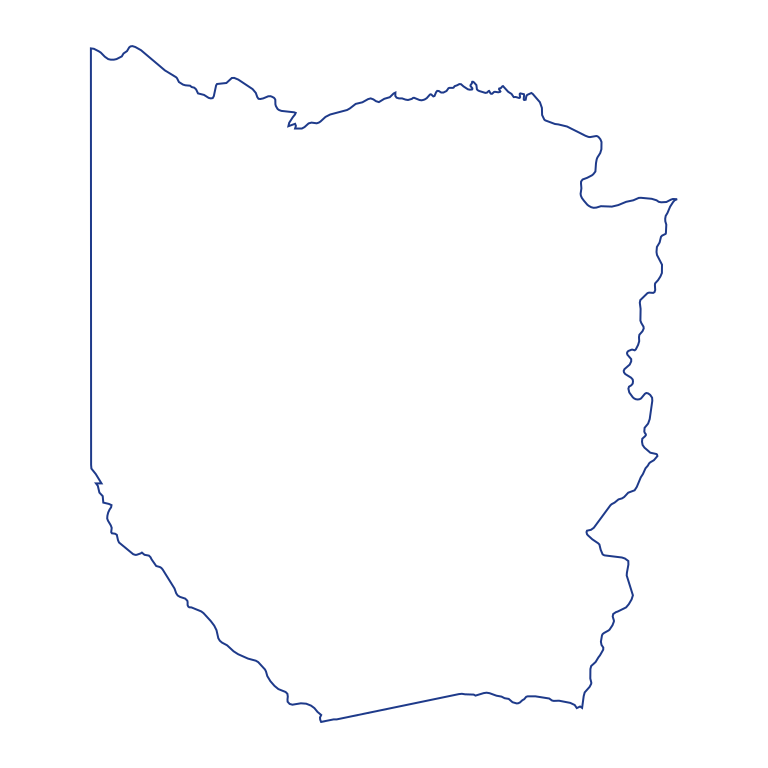 outline of Western
{"feature_id": "ZMB-523", "entity_name": "Western", "entity_type": "Province", "adm_level": 1, "iso_a3": "ZMB", "parent_name": "Zambia", "parent_adm1": "", "projection": "mercator", "projection_center": [24.246, -15.661], "detail": "fine", "context": "isolated", "style": "outline", "palette": "blue", "viewbox_px": 768, "rotation_deg": 0, "n_neighbors": 0, "source": "natural_earth", "source_scale": "10m", "svg_char_len": 5978}
<svg xmlns="http://www.w3.org/2000/svg" viewBox="0 0 768 768"><path d="M96.0,483.4L101.5,483.4L95.8,474.1L91.4,468.6L91.1,464.9L90.9,48.4L93.9,48.8L98.8,51.3L100.8,52.6L104.8,56.7L108.2,59.1L110.9,59.7L113.7,59.7L116.5,59.1L121.8,56.4L123.5,53.5L127.0,51.1L129.2,47.4L130.5,46.4L132.4,46.1L135.3,47.0L141.0,50.2L164.9,70.4L176.2,77.3L177.0,78.2L178.9,82.0L183.0,84.6L185.4,85.3L190.1,85.7L191.6,87.0L194.3,87.7L196.1,89.4L198.0,93.4L204.0,94.9L208.7,97.9L210.8,98.4L212.7,98.1L213.8,96.2L216.1,85.4L217.0,84.0L226.4,83.0L231.8,78.0L234.2,77.9L238.3,79.6L252.6,89.1L255.8,92.9L257.3,97.1L258.5,98.8L260.3,99.0L263.2,98.4L268.2,96.3L270.5,96.2L271.9,96.7L274.0,97.8L274.8,98.8L275.3,99.7L275.4,104.3L275.9,106.1L277.6,109.0L279.0,110.0L281.4,110.9L294.1,112.3L295.7,112.9L295.0,114.5L292.8,117.2L289.2,122.8L288.4,126.2L295.1,123.8L295.9,125.9L295.1,128.5L301.9,128.5L304.5,127.1L308.6,123.4L311.5,122.6L316.7,123.3L318.8,122.6L320.5,121.5L325.5,116.9L330.2,114.5L347.1,110.0L349.9,108.4L355.7,103.9L362.4,102.3L368.1,99.1L370.7,98.4L373.4,99.4L376.0,101.2L378.9,102.1L384.3,98.8L389.8,97.2L393.6,93.5L395.4,92.6L395.3,95.9L396.6,97.7L399.0,98.4L402.1,98.4L405.5,99.6L408.0,100.0L411.8,98.9L413.1,97.9L414.1,97.8L419.5,100.0L421.5,100.3L423.0,100.0L424.6,99.5L426.7,98.2L429.9,94.6L430.6,94.3L431.3,94.5L433.3,96.4L434.5,96.0L436.1,92.2L437.2,90.9L438.8,91.0L441.1,92.5L443.5,92.5L446.5,91.0L448.5,88.2L449.3,87.9L452.8,87.9L453.6,87.6L454.6,86.2L457.1,85.3L459.3,84.1L461.0,84.2L463.5,86.4L467.9,89.3L469.8,89.7L472.0,89.5L472.4,88.9L472.3,88.2L470.5,86.0L470.5,85.2L471.9,83.3L472.2,81.8L472.9,81.7L473.9,82.3L476.4,85.1L476.9,89.3L477.7,90.2L479.2,91.0L485.4,92.9L487.0,92.6L488.7,91.0L489.1,90.9L490.5,93.3L491.1,93.8L492.2,93.7L494.0,92.0L494.9,91.8L498.3,92.3L500.0,91.9L500.4,91.5L499.0,89.1L499.2,88.5L500.8,88.1L502.4,86.3L503.0,86.1L508.2,91.8L511.5,93.9L513.7,97.1L515.7,97.0L519.2,98.0L519.8,97.7L520.1,97.0L519.7,94.6L519.8,93.8L520.3,93.4L523.9,94.2L524.1,95.2L523.7,99.2L523.9,99.8L524.5,100.0L525.7,99.7L526.3,96.3L527.2,94.9L531.4,93.0L532.8,94.0L539.9,102.2L541.9,107.9L542.1,115.0L544.3,119.6L545.3,120.4L555.0,124.0L558.3,124.4L567.0,126.5L585.5,135.8L588.4,136.9L590.0,137.1L596.3,136.0L597.5,136.3L598.7,137.2L600.4,139.3L601.5,142.0L601.4,149.2L600.2,153.1L597.4,157.5L596.7,159.3L596.0,163.1L595.4,171.5L593.3,174.2L592.0,175.3L587.2,177.8L582.6,179.5L581.1,181.5L581.0,183.5L581.4,188.3L580.6,193.8L580.9,195.7L581.9,198.0L583.9,200.7L587.3,204.7L588.7,205.8L591.2,207.2L593.6,207.8L596.3,207.6L600.9,206.2L611.9,206.6L618.2,205.1L626.2,201.8L633.3,200.3L638.8,197.9L641.0,197.8L651.7,198.8L656.6,200.3L658.7,201.8L661.2,202.3L666.4,202.0L671.0,199.6L672.9,199.0L677.1,199.2L674.6,200.3L673.0,202.2L670.1,206.7L667.5,212.9L665.7,215.9L665.2,218.7L665.3,221.3L666.3,224.7L665.9,233.1L665.6,233.9L662.1,235.6L661.0,236.8L659.6,242.5L656.9,247.0L656.5,252.0L657.0,255.0L662.0,264.7L661.9,273.0L660.4,276.5L658.1,280.1L655.1,283.4L654.9,285.1L655.2,290.0L654.5,292.1L653.2,292.9L649.1,292.6L647.5,293.1L640.3,300.1L639.8,302.7L640.6,308.9L640.4,320.6L641.3,323.0L643.5,326.7L643.7,328.5L642.5,331.2L639.4,334.7L639.0,337.1L639.2,341.2L638.1,344.9L635.8,349.4L634.7,350.3L632.3,349.6L631.5,349.7L628.3,351.0L627.2,352.3L627.0,353.2L627.4,354.7L631.2,359.1L631.2,361.4L629.7,364.6L624.5,369.1L623.7,370.9L624.0,372.4L625.3,374.1L631.1,377.7L632.7,379.5L633.0,381.4L632.7,383.6L631.3,385.3L629.0,386.7L628.4,388.7L629.3,392.5L632.8,397.3L634.1,398.4L635.7,399.2L637.7,399.5L639.6,399.2L641.1,398.4L644.9,393.8L646.3,393.0L648.1,393.4L650.2,394.9L652.1,397.7L652.3,400.8L649.7,419.1L648.1,423.6L644.6,427.8L644.3,431.5L644.7,432.7L645.8,434.2L645.9,435.0L645.1,436.2L642.3,438.7L642.0,441.7L642.6,445.0L644.5,447.7L650.3,452.7L656.3,454.0L657.0,454.5L657.4,456.1L653.9,460.2L650.3,462.3L649.1,463.4L647.8,465.7L645.5,468.3L642.9,474.1L640.8,477.3L636.8,486.9L634.6,490.3L628.2,492.7L624.2,497.0L622.0,498.4L618.5,499.4L614.6,502.6L611.6,504.2L610.4,505.3L593.8,527.8L591.0,529.8L587.0,530.7L586.5,532.1L587.0,534.2L587.9,535.3L592.3,539.3L598.2,543.3L599.4,544.5L600.7,549.8L602.6,554.3L603.6,555.0L604.7,555.4L621.9,557.5L624.9,558.5L628.3,561.0L628.4,564.6L626.9,572.8L626.7,575.5L632.9,595.3L631.6,599.4L628.8,604.2L626.1,607.4L617.6,611.6L616.0,612.1L613.2,614.0L612.7,616.5L613.9,620.5L613.9,621.5L612.5,625.2L609.5,629.7L608.5,630.5L604.0,633.0L602.7,634.0L602.0,635.3L600.9,641.7L601.5,644.9L603.3,647.6L603.2,649.7L600.0,655.3L598.4,657.4L595.6,662.0L591.2,666.0L590.4,669.0L590.3,678.5L591.3,682.6L591.2,683.8L589.6,686.9L584.7,692.4L583.7,696.1L582.1,707.9L580.1,706.5L576.8,708.1L574.7,705.0L570.3,702.9L559.0,700.7L553.7,700.9L552.0,700.5L549.2,698.5L535.2,696.3L527.8,696.3L526.2,696.8L524.2,699.2L522.4,700.2L519.9,702.5L518.1,703.3L516.6,703.4L512.5,702.2L508.7,698.9L504.6,698.2L501.5,696.6L496.5,695.7L489.6,693.2L486.6,692.7L483.7,693.1L475.5,695.6L473.7,694.6L465.0,694.3L461.9,693.8L458.9,694.1L336.7,719.4L333.6,719.4L321.1,721.9L320.2,719.7L320.0,717.5L321.2,715.0L317.5,711.9L314.4,708.1L311.0,705.6L306.2,703.7L300.9,703.3L292.4,704.7L289.6,703.9L287.6,701.7L287.5,699.3L287.8,696.6L287.4,693.8L285.6,692.0L278.4,689.1L274.5,685.9L270.4,681.2L267.3,676.1L266.0,671.5L265.0,669.5L258.2,662.1L255.8,660.7L248.0,658.6L238.1,654.2L233.6,651.3L227.1,645.3L222.0,642.6L219.8,640.7L218.3,638.2L216.5,630.2L214.2,625.6L210.8,621.1L203.5,613.1L201.2,611.4L191.4,607.4L189.3,607.3L188.3,606.6L187.6,605.1L187.6,602.1L187.3,600.7L185.2,598.6L180.0,596.9L177.7,595.5L176.2,593.3L174.5,588.5L162.6,569.4L161.3,567.9L159.8,567.0L156.2,566.0L151.6,559.4L150.5,557.2L148.9,555.6L144.5,554.8L141.9,552.6L140.7,553.4L136.7,554.8L135.4,554.9L133.2,554.2L119.0,542.5L118.0,540.2L116.8,534.8L115.0,533.7L111.9,533.3L111.2,532.1L111.7,527.9L110.8,525.4L108.0,520.7L107.2,518.5L107.4,515.7L108.2,512.5L109.6,509.5L111.1,507.3L111.5,505.1L108.8,503.9L103.3,502.6L102.7,496.1L99.4,492.6L97.8,485.8L96.0,483.4Z" fill="none" stroke="#1e3a8a" stroke-width="2"/></svg>